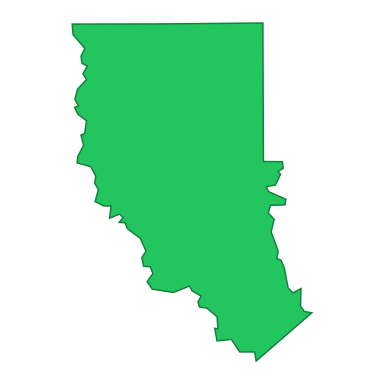 Cherokee, Texas, United States of America
{"feature_id": "52423323B13396294206268", "entity_name": "Cherokee", "entity_type": "district", "adm_level": 2, "iso_a3": "USA", "parent_name": "United States of America", "parent_adm1": "Texas", "projection": "albers", "projection_center": [-95.197, 31.782], "detail": "fine", "context": "isolated", "style": "filled", "palette": "green", "viewbox_px": 384, "rotation_deg": 0, "n_neighbors": 0, "source": "geoboundaries", "source_scale": "gbopen_adm2", "svg_char_len": 1078}
<svg xmlns="http://www.w3.org/2000/svg" viewBox="0 0 384 384"><path d="M72.2,24.1L73.1,34.7L84.8,48.4L81.0,56.1L82.0,63.3L87.3,66.0L83.0,73.8L86.5,79.5L77.5,89.2L74.9,99.6L78.5,105.8L74.6,107.5L77.8,114.2L86.5,120.7L84.7,133.4L81.0,135.2L83.6,145.3L77.8,156.3L77.2,162.9L90.8,166.7L95.8,176.0L94.7,183.2L98.4,189.5L95.1,201.6L103.7,205.9L111.0,206.0L109.6,218.2L119.5,214.1L123.1,217.6L119.2,222.4L125.0,222.7L127.6,228.8L140.4,238.5L146.0,251.2L141.8,257.6L143.6,266.3L150.4,266.8L152.9,273.6L147.1,281.7L152.3,289.2L173.5,292.4L189.4,286.1L192.1,290.9L201.1,296.0L198.0,301.9L199.5,307.0L206.8,308.1L217.1,316.8L217.9,328.9L214.8,328.3L217.0,340.9L231.4,339.4L239.7,351.9L254.6,352.0L256.2,361.0L311.8,312.8L304.4,311.5L300.5,306.1L301.0,288.6L292.9,292.9L288.1,287.9L284.3,267.9L281.0,260.1L276.8,258.6L278.2,251.0L271.1,231.9L274.2,219.4L268.3,213.0L270.5,205.3L284.9,204.9L285.9,199.3L268.7,191.7L266.1,186.6L275.3,185.1L280.5,174.4L278.1,171.3L283.1,168.4L282.4,161.7L263.4,161.5L262.9,23.0L165.4,23.9L72.2,24.1Z" fill="#22c55e" stroke="#15803d" stroke-width="1.5"/></svg>